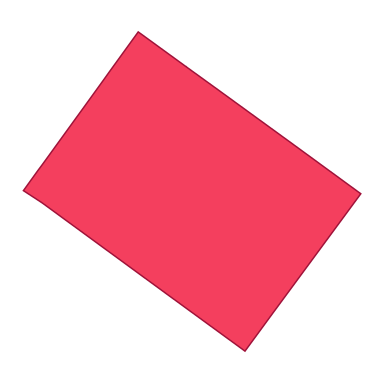 Minnehaha, South Dakota, United States of America (orthographic projection), rotated 216°
{"feature_id": "52423323B45663566058886", "entity_name": "Minnehaha", "entity_type": "district", "adm_level": 2, "iso_a3": "USA", "parent_name": "United States of America", "parent_adm1": "South Dakota", "projection": "orthographic", "projection_center": [-96.654, 43.675], "detail": "fine", "context": "isolated", "style": "filled", "palette": "rose", "viewbox_px": 384, "rotation_deg": 216, "n_neighbors": 0, "source": "geoboundaries", "source_scale": "gbopen_adm2", "svg_char_len": 475}
<svg xmlns="http://www.w3.org/2000/svg" viewBox="0 0 384 384"><g transform="rotate(216 192 192)"><path d="M329.2,94.0L307.0,95.1L152.9,94.6L55.6,94.4L55.4,143.1L54.4,289.8L137.7,290.0L151.8,290.0L192.2,290.0L193.3,290.0L209.6,290.0L226.1,290.0L269.3,289.9L270.3,290.0L270.3,289.9L273.5,289.9L329.6,289.9L329.5,241.3L329.5,240.6L329.4,229.8L329.4,228.4L329.3,191.9L329.3,183.7L329.2,126.6L329.3,118.9L329.2,94.0Z" fill="#f43f5e" stroke="#9f1239" stroke-width="1.5"/></g></svg>